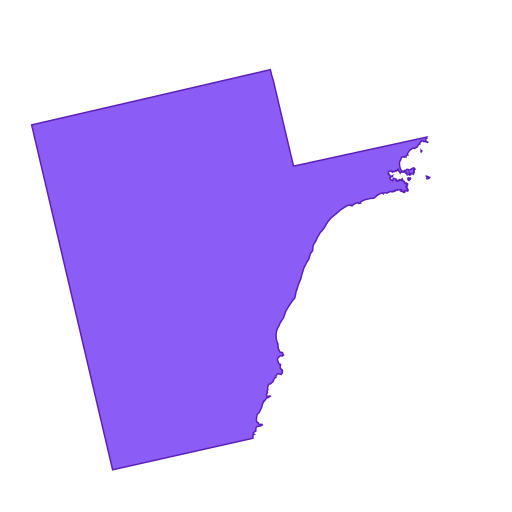 the district of Escalante, Chubut, Argentina, rotated 348°
{"feature_id": "61730980B51244903644877", "entity_name": "Escalante", "entity_type": "district", "adm_level": 2, "iso_a3": "ARG", "parent_name": "Argentina", "parent_adm1": "Chubut", "projection": "albers", "projection_center": [-67.016, -45.339], "detail": "fine", "context": "isolated", "style": "filled", "palette": "violet", "viewbox_px": 512, "rotation_deg": 348, "n_neighbors": 0, "source": "geoboundaries", "source_scale": "gbopen_adm2", "svg_char_len": 6130}
<svg xmlns="http://www.w3.org/2000/svg" viewBox="0 0 512 512"><g transform="rotate(348 256 256)"><path d="M63.8,81.1L71.3,435.3L215.1,433.6L215.6,431.7L215.7,430.4L216.2,430.1L217.0,430.1L216.7,429.8L216.7,429.1L216.9,428.4L217.6,427.7L219.4,427.3L219.6,426.0L220.2,424.3L220.8,423.5L221.7,423.0L223.7,423.2L226.3,423.0L227.1,422.5L226.9,422.0L224.0,421.2L223.5,420.6L223.5,419.6L222.5,418.8L222.2,417.4L222.2,416.7L223.2,413.5L224.0,411.6L224.5,410.9L226.2,410.0L226.8,409.4L230.2,405.1L231.5,402.3L232.3,401.3L233.0,399.7L233.6,399.3L234.0,399.7L237.1,396.8L237.6,396.7L237.9,397.1L239.2,396.8L239.7,396.4L240.6,396.3L241.0,396.1L241.0,395.4L241.0,396.0L240.6,396.3L239.3,396.2L239.5,395.8L238.9,395.8L238.9,396.1L237.9,396.0L237.6,395.3L237.4,394.0L237.8,392.9L238.8,392.1L238.6,391.3L238.7,390.8L240.0,388.8L239.8,388.1L239.9,387.3L241.3,384.7L242.3,383.9L243.7,384.1L246.6,382.3L248.5,379.5L250.3,378.8L250.5,377.4L251.9,376.1L252.9,375.8L255.2,376.6L255.9,377.1L256.3,376.8L256.5,376.3L257.4,376.0L257.7,374.3L258.1,373.9L258.1,373.5L257.8,372.6L256.6,371.3L256.4,370.4L256.8,369.8L256.7,368.5L257.5,367.2L256.3,366.3L255.8,365.6L255.7,363.5L255.4,362.5L255.5,361.7L256.1,360.4L258.7,358.8L259.1,358.7L261.1,359.3L261.9,358.7L262.3,358.6L261.9,357.2L261.9,356.0L261.1,356.0L260.8,355.5L259.7,355.2L259.2,354.0L258.6,351.3L258.7,349.0L259.2,346.9L258.6,343.8L258.7,340.4L259.2,337.3L259.7,335.7L260.7,333.3L262.4,330.7L263.8,329.2L265.6,326.6L270.0,322.2L273.6,316.3L277.6,311.9L282.8,306.9L284.4,305.8L284.9,305.6L287.0,301.3L287.5,299.6L289.4,296.7L291.7,292.4L295.0,287.8L297.0,283.6L300.6,277.3L301.8,275.8L302.9,274.7L303.7,273.3L306.8,270.3L309.6,265.2L312.0,263.0L312.8,261.9L313.6,258.8L314.7,256.8L318.2,253.1L320.0,250.3L321.5,248.9L323.8,246.3L325.4,245.3L328.7,242.6L331.0,240.0L331.4,239.3L332.4,238.6L333.4,237.3L334.8,236.5L335.6,235.6L338.4,233.8L345.7,230.0L347.9,228.6L354.7,226.0L357.2,225.5L358.6,225.7L359.0,226.2L359.7,226.2L359.7,226.6L360.0,226.7L361.0,226.8L361.4,226.2L362.3,225.8L365.7,224.9L366.6,225.0L367.2,225.9L368.6,226.0L368.5,225.9L369.1,225.3L370.8,224.4L374.2,223.6L380.3,223.5L382.8,224.0L384.4,223.5L387.8,221.6L391.1,220.6L393.0,220.9L393.4,221.5L393.5,221.2L393.8,221.0L395.5,221.0L396.7,221.3L396.6,221.5L397.0,221.7L400.7,220.8L401.5,220.9L401.9,221.4L402.3,221.5L402.2,221.3L402.7,221.1L403.2,221.3L404.5,221.3L404.8,221.6L405.3,221.6L405.5,221.3L406.0,221.0L405.9,220.8L406.5,220.8L406.5,221.2L406.6,220.9L406.8,220.7L407.7,221.1L408.0,220.9L408.0,220.7L408.3,220.7L410.0,220.9L410.2,221.0L410.3,221.4L410.9,221.6L411.1,221.6L411.1,221.2L411.3,221.1L412.0,221.4L412.3,221.9L412.0,222.2L412.0,222.9L411.7,223.0L413.1,223.8L413.5,223.6L413.7,224.4L414.0,224.4L414.5,224.0L414.7,224.4L415.1,223.6L415.1,223.2L415.5,223.1L416.2,223.4L416.5,223.3L417.4,223.8L417.6,223.6L417.6,223.9L418.3,223.8L418.5,223.2L417.8,222.4L418.2,222.1L418.0,221.7L418.2,221.3L417.3,220.1L417.6,219.9L417.2,219.8L417.1,219.1L417.8,218.6L418.1,218.8L418.2,218.6L418.1,218.4L418.9,218.0L418.8,217.8L419.2,217.4L419.2,216.8L418.3,217.0L417.9,216.7L417.6,216.4L418.1,215.9L418.0,215.7L416.7,215.6L416.5,214.6L416.6,214.0L415.6,213.3L415.4,212.5L414.7,212.9L414.2,212.6L414.1,212.2L414.2,211.9L414.7,211.9L415.0,211.7L415.0,210.9L414.3,211.3L413.9,211.9L413.2,211.6L413.4,211.9L412.6,211.7L412.3,211.8L411.8,211.4L411.3,211.9L410.8,211.7L410.3,212.2L410.1,212.0L409.5,212.1L409.4,211.9L409.4,211.4L409.1,211.5L408.8,211.3L408.9,210.3L409.2,210.3L409.2,210.1L408.2,209.6L407.8,209.0L407.1,209.1L406.7,208.6L406.4,208.6L406.6,209.2L406.4,209.8L406.0,210.3L405.4,210.1L405.7,210.6L405.2,210.8L404.8,210.1L404.0,209.9L403.6,208.7L403.1,208.2L403.1,207.2L404.2,206.7L405.7,206.6L405.5,206.3L405.9,205.9L404.7,206.2L403.7,205.2L403.5,204.5L403.2,204.3L402.9,203.7L402.6,203.6L402.5,203.0L402.8,202.8L402.5,202.6L402.6,202.3L402.8,201.9L403.0,201.2L404.5,200.8L406.0,201.2L406.7,202.3L406.9,202.0L406.7,202.0L406.6,201.9L406.8,201.4L407.6,201.6L407.7,201.9L408.2,202.2L409.1,202.3L409.5,201.9L410.6,202.1L410.7,201.7L411.4,201.8L413.0,200.5L413.2,200.8L413.3,201.4L412.7,201.9L413.3,202.4L414.0,203.5L414.3,204.9L414.7,204.5L414.6,204.4L414.7,204.2L415.4,204.1L417.6,204.6L418.7,204.6L418.8,204.8L419.2,204.7L420.2,205.3L420.6,206.0L420.0,206.3L420.5,206.7L420.6,207.6L420.8,208.1L421.5,207.9L422.1,208.1L423.1,208.1L423.3,208.2L423.2,208.7L423.8,208.7L423.1,207.4L423.3,206.5L423.6,207.2L424.5,207.6L424.7,208.1L426.0,207.9L426.5,208.3L426.8,208.0L427.1,208.5L427.2,208.3L427.1,207.9L427.5,207.4L428.0,207.3L428.3,206.9L428.3,206.4L427.9,206.0L427.9,205.7L428.2,205.4L427.9,205.2L427.9,204.8L428.9,204.5L428.8,204.1L429.2,203.9L429.5,204.0L429.4,203.4L429.8,203.4L429.0,203.1L428.5,202.5L424.1,203.7L423.5,203.7L422.7,203.2L422.6,202.9L421.5,202.6L420.6,203.5L419.0,203.2L418.1,204.0L417.7,204.0L416.9,203.6L415.7,202.1L415.4,200.9L415.2,198.6L415.5,195.3L416.2,193.4L417.5,192.2L418.5,190.1L419.7,189.4L420.8,189.8L421.5,189.6L421.9,190.2L422.6,189.9L423.3,190.3L423.4,189.6L424.1,188.8L425.1,188.6L425.5,188.8L425.6,187.1L427.5,185.3L428.7,184.4L431.4,183.3L432.7,183.3L433.4,183.8L434.3,183.4L434.7,183.4L434.8,183.2L435.3,182.8L436.1,183.0L436.9,182.5L436.9,181.9L438.0,180.9L438.6,180.6L439.6,180.5L439.5,179.7L439.8,179.3L441.5,178.1L441.8,178.3L442.3,178.0L443.3,177.9L443.9,178.4L443.8,178.8L444.6,179.0L447.4,180.4L448.2,180.5L446.4,179.4L446.0,178.9L446.2,177.4L446.5,177.1L446.8,177.2L446.6,177.0L446.6,176.6L447.4,176.3L447.0,176.0L447.0,175.7L447.6,175.2L311.6,175.9L311.3,172.9L309.4,87.9L308.9,82.1L308.8,76.7L183.3,79.0L63.8,81.1ZM440.1,213.9L439.7,213.5L439.2,213.4L439.5,214.1L440.1,214.4L440.6,214.9L440.2,215.5L439.3,215.6L439.1,215.8L439.4,216.1L440.8,216.1L441.9,215.7L442.3,215.3L441.4,214.7L440.5,213.9L440.1,213.9ZM422.3,211.9L421.6,211.2L421.1,211.3L421.3,211.9L422.2,212.8L422.8,213.0L423.3,212.5L423.3,211.8L422.3,211.9ZM421.5,213.9L421.7,213.5L421.1,212.6L420.5,212.4L420.5,212.8L420.8,213.1L420.9,213.7L421.5,213.9ZM439.6,187.6L439.4,187.0L439.3,187.3L439.4,187.8L439.1,188.2L439.2,188.5L439.7,188.0L440.6,187.7L439.6,187.6Z" fill="#8b5cf6" stroke="#5b21b6" stroke-width="1.5"/></g></svg>